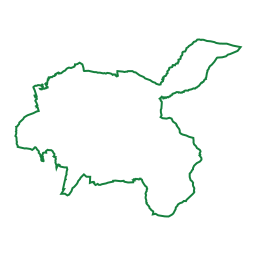 outline of Sangeru, Prahova, Romania
{"feature_id": "2599482B30255763937111", "entity_name": "Sangeru", "entity_type": "district", "adm_level": 2, "iso_a3": "ROU", "parent_name": "Romania", "parent_adm1": "Prahova", "projection": "robinson", "projection_center": [26.355, 45.139], "detail": "fine", "context": "isolated", "style": "outline", "palette": "green", "viewbox_px": 256, "rotation_deg": 0, "n_neighbors": 0, "source": "geoboundaries", "source_scale": "gbopen_adm2", "svg_char_len": 5669}
<svg xmlns="http://www.w3.org/2000/svg" viewBox="0 0 256 256"><path d="M186.5,199.9L192.6,194.2L194.2,192.4L194.3,191.9L193.9,191.2L194.3,188.2L193.1,185.9L192.9,184.4L193.1,182.8L192.1,181.3L190.6,180.1L189.7,177.0L189.7,173.6L191.3,171.8L191.9,170.4L193.0,169.3L193.0,168.1L194.1,165.7L196.8,163.1L199.8,161.6L201.3,159.9L201.5,159.2L201.3,157.8L199.4,155.3L200.3,154.7L199.6,153.3L200.5,151.7L200.5,151.2L199.7,149.8L196.9,148.0L196.0,146.2L194.1,144.4L193.5,142.4L193.6,140.7L193.3,137.9L189.0,136.8L186.3,135.5L182.5,134.5L180.8,133.6L179.8,132.5L179.7,130.5L179.2,129.0L176.9,126.0L176.6,125.4L176.8,125.2L175.9,123.6L172.9,121.5L171.6,118.6L169.4,117.8L166.6,118.6L162.5,118.2L160.6,117.1L161.6,115.2L160.9,112.5L160.8,109.9L161.4,108.5L161.8,102.9L161.7,101.6L160.7,100.6L160.6,99.3L159.7,98.7L161.5,97.0L161.6,97.4L162.7,97.2L163.1,98.0L163.5,97.4L164.0,97.4L164.3,98.1L164.9,97.7L165.1,97.3L165.8,97.3L166.1,97.9L167.5,97.0L168.4,97.3L169.2,96.6L170.1,96.4L170.5,95.5L171.5,95.4L172.4,94.5L172.5,93.8L175.1,93.0L176.6,92.1L178.4,92.2L178.8,92.6L179.2,92.3L180.9,92.8L181.6,92.4L182.1,92.6L182.9,91.9L183.8,92.0L184.1,91.1L185.3,90.5L188.2,90.6L188.8,89.9L191.6,89.3L193.4,88.4L195.0,88.6L195.7,87.8L196.7,87.6L197.2,87.0L199.0,85.8L201.2,82.9L202.0,82.8L202.3,82.1L203.4,81.8L204.5,79.7L206.0,79.0L205.7,78.1L206.2,77.5L206.9,73.1L207.5,71.3L207.4,70.5L208.6,69.1L209.0,67.7L210.0,66.1L211.7,64.8L214.4,61.7L216.8,58.0L217.3,57.6L222.2,57.3L226.0,56.3L228.0,54.6L230.0,54.1L237.6,50.9L240.6,47.1L232.9,45.6L226.9,43.7L219.9,43.6L216.3,43.0L214.4,42.1L210.6,41.3L207.0,41.0L203.6,39.8L201.6,39.7L201.1,40.0L199.6,39.5L197.3,39.6L195.8,41.3L193.7,41.9L193.4,42.6L192.7,43.1L192.4,43.9L188.8,46.1L188.2,47.0L186.4,48.2L186.3,49.2L185.2,51.4L183.1,51.8L182.6,52.2L182.3,52.9L182.4,54.0L182.1,55.3L180.7,56.5L180.8,57.5L180.4,59.0L178.7,59.6L178.9,59.9L178.5,60.5L178.7,61.7L177.8,62.4L177.8,63.4L176.2,63.6L175.2,64.6L175.0,65.3L172.9,65.0L172.6,65.3L172.9,65.7L172.2,67.0L169.4,67.8L169.1,68.3L169.1,69.6L167.3,71.4L167.6,73.1L166.6,73.8L166.5,74.6L165.6,76.0L164.4,76.2L164.0,76.9L163.1,77.4L163.6,78.2L163.5,79.0L162.4,79.1L162.2,79.5L163.1,80.3L163.0,81.1L161.1,82.5L160.6,83.8L160.6,84.4L159.2,84.7L156.2,83.8L155.3,82.8L152.6,81.9L150.2,80.2L145.1,78.4L143.7,77.0L139.6,75.3L135.7,72.4L134.1,72.2L132.4,71.1L127.9,71.1L127.3,71.7L126.4,71.6L124.4,72.0L122.9,71.6L117.4,71.1L117.3,72.8L117.9,75.8L116.8,76.4L115.7,75.6L115.5,74.7L115.0,74.4L114.4,74.6L113.6,74.4L112.7,74.9L111.5,73.8L109.4,73.2L107.2,72.9L105.9,73.6L104.4,73.1L103.3,73.4L100.1,72.7L97.5,72.7L96.9,72.3L95.7,72.1L94.2,72.1L88.5,70.8L84.1,71.0L83.8,70.6L83.5,68.1L82.4,64.4L79.6,62.7L77.5,64.0L76.2,64.4L75.0,64.4L75.0,65.5L74.6,65.8L74.4,66.6L73.8,66.9L71.0,68.0L68.9,67.6L67.3,68.3L66.4,69.0L65.2,70.5L63.5,71.3L61.2,73.2L58.7,73.6L58.4,73.4L58.8,72.7L58.4,72.5L55.3,74.2L55.1,74.6L55.6,75.0L54.5,76.0L53.1,76.2L51.9,77.2L50.9,77.0L50.2,77.3L48.7,77.3L48.5,77.9L49.0,78.4L47.9,79.2L48.4,79.8L47.5,80.9L47.1,84.1L46.8,84.1L46.7,83.5L46.1,84.1L45.8,84.1L45.6,83.6L45.3,83.9L46.1,84.9L46.3,85.8L47.7,87.1L47.6,87.6L46.8,87.7L45.9,88.3L45.3,88.1L44.6,88.7L42.3,88.8L41.8,89.4L40.3,89.2L40.1,88.9L41.0,88.9L42.2,88.2L42.8,87.6L42.9,86.8L41.7,86.1L42.5,85.6L42.6,84.7L42.2,84.5L41.3,85.4L38.0,85.1L36.6,85.8L35.3,85.7L33.5,86.9L33.4,87.5L34.7,90.3L36.4,95.7L34.9,95.4L34.5,95.5L34.6,95.9L35.4,97.5L36.6,97.7L36.8,98.7L36.8,99.1L35.8,99.8L35.3,100.8L36.3,102.5L37.4,105.2L36.1,106.1L36.6,106.5L36.6,107.1L37.1,106.9L37.6,107.2L38.7,111.0L36.6,111.5L33.3,113.2L27.5,115.3L24.2,117.3L23.2,119.0L19.3,122.6L19.1,124.1L17.9,125.3L17.4,126.3L16.2,126.8L16.4,127.2L16.2,129.6L16.4,130.6L15.9,131.4L16.3,132.2L16.2,133.9L15.4,136.0L16.2,136.8L16.5,137.7L16.6,141.0L17.0,142.0L16.6,143.1L16.9,144.5L17.7,145.5L17.7,146.9L24.9,148.5L26.0,148.3L30.4,149.0L32.2,149.9L33.7,148.8L34.7,147.4L35.5,147.3L36.1,147.8L37.2,149.7L38.5,150.8L38.9,151.7L38.7,152.8L40.4,154.6L40.4,156.1L40.9,156.7L41.4,158.6L41.2,159.9L41.7,160.8L43.4,161.2L43.6,161.0L43.2,159.0L42.7,158.7L42.9,156.7L42.4,156.2L42.3,155.6L43.1,152.9L44.4,152.5L46.2,152.7L46.0,151.1L47.6,149.8L48.6,150.1L51.3,150.2L52.6,151.2L53.4,152.8L54.4,153.9L54.3,155.7L53.7,156.3L54.2,156.5L54.2,156.9L55.5,157.1L55.3,157.4L55.9,159.0L55.4,160.0L55.6,161.9L55.4,162.5L56.5,165.5L56.3,167.0L56.5,168.2L58.0,164.6L58.3,164.5L59.6,164.9L59.8,165.4L59.5,166.0L60.5,166.6L64.4,167.4L66.8,167.4L67.3,169.5L66.7,171.2L66.4,173.8L66.6,174.3L65.7,176.5L65.3,178.5L65.8,179.4L65.0,180.0L63.0,189.1L64.2,189.1L61.3,193.8L64.9,193.7L67.4,195.4L69.3,194.5L69.5,193.9L71.4,191.3L72.5,188.1L74.2,186.9L76.7,184.1L77.6,182.6L78.2,181.0L80.0,179.0L80.6,177.7L83.9,174.4L86.4,176.7L90.2,176.8L89.9,182.9L92.2,182.0L93.8,181.9L94.2,182.5L93.8,183.1L94.4,183.6L94.7,184.3L95.6,185.0L97.7,183.9L98.7,184.8L100.2,184.9L102.0,184.2L106.1,183.4L107.8,182.7L113.1,181.6L113.1,180.8L115.4,180.6L120.7,181.2L123.7,180.8L124.3,181.7L128.1,182.5L133.2,182.3L133.3,180.8L134.2,180.6L133.6,180.1L134.5,180.0L133.5,179.7L133.7,179.3L134.7,179.4L135.3,178.9L136.0,179.2L136.9,178.9L138.9,179.5L139.5,178.7L140.6,178.7L140.7,179.1L141.9,179.7L142.5,181.7L143.7,183.7L145.2,185.9L146.5,186.8L146.8,187.5L146.8,188.1L147.2,188.9L146.7,189.7L146.7,191.2L146.0,192.1L145.5,193.8L146.1,195.0L145.6,197.0L145.6,198.1L146.3,200.3L146.2,202.0L146.8,202.7L146.5,203.5L149.2,206.6L149.5,208.1L150.6,209.1L151.2,210.0L153.2,211.4L153.3,212.3L152.8,214.4L155.6,213.8L158.1,215.3L164.9,216.4L168.6,216.5L171.9,214.7L173.3,213.5L175.7,209.0L175.7,207.9L176.1,207.1L177.5,205.7L177.8,204.6L179.9,203.2L182.1,202.5L183.8,201.0L186.0,201.1L186.5,199.9Z" fill="none" stroke="#15803d" stroke-width="2"/></svg>